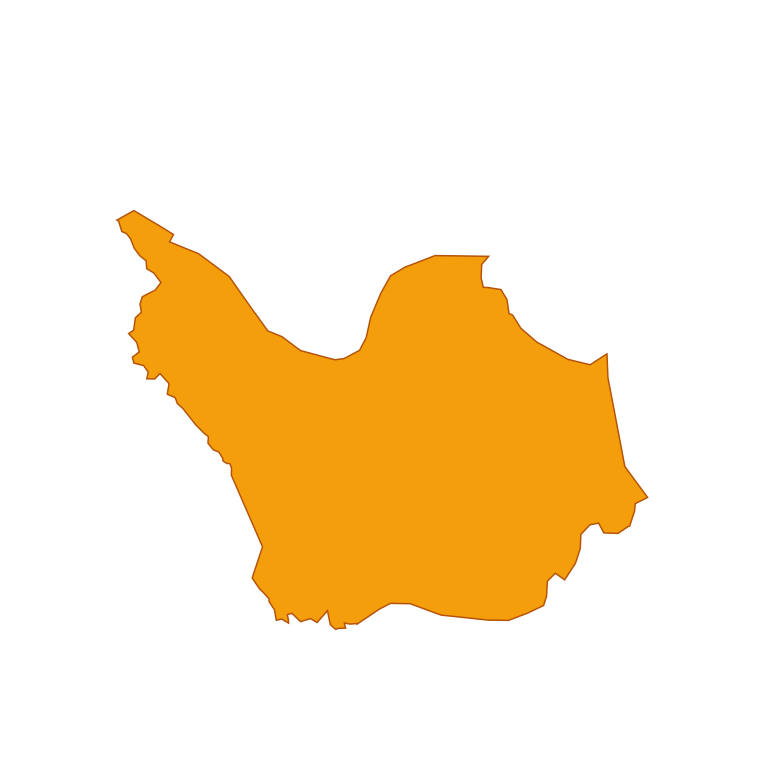 Twan River, Nimba, Liberia, rotated 152°
{"feature_id": "62588387B61657259363442", "entity_name": "Twan River", "entity_type": "district", "adm_level": 2, "iso_a3": "LBR", "parent_name": "Liberia", "parent_adm1": "Nimba", "projection": "equal_earth", "projection_center": [-8.402, 7.088], "detail": "fine", "context": "isolated", "style": "filled", "palette": "amber", "viewbox_px": 768, "rotation_deg": 152, "n_neighbors": 0, "source": "geoboundaries", "source_scale": "gbopen_adm2", "svg_char_len": 2439}
<svg xmlns="http://www.w3.org/2000/svg" viewBox="0 0 768 768"><g transform="rotate(152 384 384)"><path d="M542.0,651.6L543.9,641.7L540.7,637.6L540.1,634.1L539.6,630.9L540.8,621.2L539.4,611.8L536.2,604.5L539.4,597.2L535.1,590.1L533.3,578.3L542.0,574.3L550.5,574.5L556.5,574.5L561.9,569.1L564.5,561.3L572.4,559.2L579.8,549.1L585.8,548.4L583.3,538.9L582.8,536.7L585.1,527.2L593.6,525.8L595.0,519.8L587.6,513.2L586.6,505.3L591.0,499.9L584.0,496.1L576.9,498.4L573.6,485.3L577.8,479.8L580.1,476.7L579.5,475.9L574.7,469.9L575.7,463.9L573.0,456.5L571.4,447.6L569.7,437.9L569.4,436.6L566.1,425.3L563.8,420.1L564.5,418.8L567.2,414.3L565.7,406.2L561.8,401.4L561.3,394.2L562.3,391.6L562.0,391.1L559.9,387.5L557.5,386.0L558.1,381.3L561.6,375.1L566.2,316.2L567.7,297.3L591.4,274.7L591.3,273.0L590.1,261.5L588.4,256.5L586.4,248.4L587.6,245.9L586.7,236.1L590.0,225.9L584.7,224.5L580.5,217.7L579.2,220.4L577.6,225.8L572.9,224.7L571.6,220.6L569.2,213.3L559.1,211.4L555.0,204.8L541.1,210.1L540.3,210.4L542.1,204.5L544.4,196.6L541.8,190.0L539.0,189.7L532.6,186.5L531.2,191.5L526.6,187.9L520.7,185.4L520.7,184.6L493.5,187.4L481.4,187.3L465.4,178.5L464.2,177.9L449.4,161.3L441.9,153.0L419.0,137.6L412.9,133.4L402.5,126.4L399.0,124.5L387.7,118.3L385.3,116.9L364.9,114.3L347.1,113.5L340.1,120.3L332.4,133.1L329.2,134.2L321.6,136.5L319.6,132.6L316.5,126.3L313.0,128.1L311.9,128.8L308.8,130.5L299.3,135.7L296.3,138.5L291.7,143.0L289.0,145.6L287.8,146.8L280.8,158.8L279.1,159.3L273.9,161.1L268.1,163.0L259.8,160.4L259.8,149.3L247.5,142.2L235.8,143.5L233.7,143.3L222.2,154.4L218.4,160.4L204.5,160.1L208.0,183.6L208.6,187.9L210.1,198.1L190.1,262.4L183.3,284.5L173.0,305.9L175.2,305.8L193.0,304.2L208.2,317.8L210.4,319.8L212.6,323.3L226.6,345.0L229.5,349.4L232.0,356.0L233.8,360.7L237.0,368.9L238.1,384.5L240.5,387.6L235.8,400.8L236.4,412.5L246.8,420.3L250.9,422.7L248.5,432.0L241.6,443.7L234.9,446.3L231.7,447.6L252.0,458.8L278.6,473.4L282.8,473.9L303.5,476.4L310.5,477.3L327.3,476.5L344.1,465.7L354.9,456.9L364.3,449.3L375.2,436.5L378.3,433.0L389.8,425.2L407.2,425.2L415.9,428.4L422.1,434.1L441.9,452.6L444.4,457.8L451.8,473.6L452.6,474.6L461.6,485.3L463.7,500.5L465.6,514.2L467.2,527.1L468.1,534.0L468.5,537.2L470.2,551.6L473.2,557.8L473.6,558.7L481.4,575.3L485.1,583.1L486.4,585.9L506.6,610.1L499.7,614.8L505.5,624.9L517.0,643.9L518.2,646.0L523.4,654.5L529.8,654.4L542.9,654.1L541.8,652.4L542.0,651.6Z" fill="#f59e0b" stroke="#b45309" stroke-width="1.5"/></g></svg>